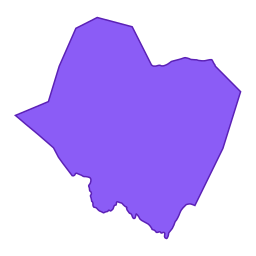 outline of La Union, Lempira, Honduras
{"feature_id": "27666195B27008229241101", "entity_name": "La Union", "entity_type": "district", "adm_level": 2, "iso_a3": "HND", "parent_name": "Honduras", "parent_adm1": "Lempira", "projection": "natural_earth1", "projection_center": [-88.424, 14.805], "detail": "fine", "context": "isolated", "style": "filled", "palette": "violet", "viewbox_px": 256, "rotation_deg": 0, "n_neighbors": 0, "source": "geoboundaries", "source_scale": "gbopen_adm2", "svg_char_len": 5574}
<svg xmlns="http://www.w3.org/2000/svg" viewBox="0 0 256 256"><path d="M126.6,208.2L126.6,208.3L126.7,208.7L126.9,209.3L127.0,209.7L127.2,210.1L128.0,211.2L129.0,212.6L129.3,213.0L129.5,213.2L129.7,213.3L129.9,213.4L130.3,213.4L130.5,213.5L130.9,213.8L131.2,214.2L131.6,214.7L131.9,215.2L132.0,215.7L132.3,216.5L132.5,216.9L132.6,217.2L132.8,217.5L133.0,217.9L133.2,218.1L133.4,218.2L133.6,218.4L133.8,218.4L134.0,218.5L134.2,218.4L134.4,218.4L134.7,218.3L134.9,218.1L135.0,218.0L135.1,217.9L135.2,217.7L135.4,217.1L135.6,216.3L135.9,215.1L136.0,214.5L136.2,214.2L136.3,214.0L136.5,214.1L136.8,214.3L137.2,214.7L137.5,215.0L138.7,216.7L139.0,217.2L139.4,218.0L139.6,218.5L139.8,218.8L140.1,219.1L140.4,219.4L140.6,219.6L141.1,220.0L141.6,220.4L147.6,223.7L148.1,224.0L148.5,224.3L149.0,224.8L149.5,225.3L150.0,225.8L150.3,226.3L151.1,227.4L151.5,228.1L151.8,228.5L152.0,229.2L152.1,229.4L152.3,229.4L152.4,229.5L153.7,230.0L154.5,230.3L155.5,231.3L156.1,232.1L156.3,232.3L156.5,232.4L156.8,232.4L157.3,232.4L157.8,232.3L158.2,232.2L158.8,231.9L159.0,231.9L159.5,231.8L159.9,231.9L160.2,232.0L160.5,232.1L160.7,232.3L160.8,232.5L160.9,232.8L161.0,232.9L161.2,233.0L161.6,233.0L161.9,233.0L162.1,232.9L162.3,232.8L162.9,232.5L163.0,232.4L163.5,232.4L163.8,232.4L164.1,232.5L164.3,232.7L164.5,232.9L164.6,233.0L164.7,233.3L164.8,233.5L164.8,234.0L164.7,234.3L164.7,234.7L164.6,235.5L164.5,236.1L164.5,236.4L164.6,236.7L164.7,237.1L164.8,237.3L164.9,237.6L165.2,237.9L165.6,238.1L165.9,238.3L166.3,238.4L166.6,238.5L166.8,238.4L167.0,238.3L167.2,238.0L167.5,237.5L167.9,236.6L168.2,236.0L168.3,235.5L168.5,234.5L168.6,233.9L168.7,233.2L168.8,232.9L168.9,232.7L170.1,231.2L171.7,229.2L172.0,228.8L172.3,228.4L173.2,226.5L173.9,225.1L174.2,224.2L174.7,222.8L175.0,222.0L175.3,221.6L175.5,221.2L175.7,220.9L176.1,220.5L176.4,220.1L176.7,219.7L177.1,218.9L177.7,217.9L178.4,216.4L178.8,215.6L179.2,214.6L179.9,212.8L180.2,212.2L180.5,211.5L180.9,210.7L181.4,209.9L181.9,209.3L182.4,208.6L183.5,207.3L184.4,206.5L185.5,205.3L186.0,204.9L186.2,204.7L186.5,204.5L186.9,204.4L187.8,204.2L188.8,204.0L189.7,203.9L190.1,203.9L190.4,204.0L190.8,204.0L192.9,204.7L194.9,205.5L222.9,148.4L240.6,91.7L215.3,66.2L215.0,65.3L214.9,64.9L214.7,64.6L214.4,64.2L213.9,63.5L213.8,63.2L213.5,62.8L212.9,61.5L212.5,60.8L212.2,60.2L211.9,59.9L211.7,59.7L211.4,59.7L211.1,59.7L209.9,59.7L208.2,60.0L206.4,60.4L205.0,60.7L203.9,60.8L203.4,60.8L201.8,60.8L200.2,60.6L199.1,60.5L198.4,60.4L197.8,60.2L196.9,59.9L196.3,59.8L195.6,59.8L194.3,59.7L193.0,59.6L191.8,59.5L191.2,59.5L190.9,59.4L190.5,59.3L189.5,58.8L188.8,58.5L188.3,58.4L187.5,58.1L186.4,57.9L186.0,57.8L185.5,57.7L185.0,57.7L184.3,57.8L183.6,58.0L182.4,58.4L181.3,58.8L179.2,59.4L173.4,60.9L171.6,61.4L171.2,61.6L170.3,62.3L169.6,62.8L168.0,63.9L167.5,64.2L167.2,64.4L166.3,64.8L165.4,65.2L164.3,65.6L163.6,65.8L163.0,65.9L162.6,65.9L162.1,65.9L161.5,65.9L161.2,65.8L161.0,65.7L160.5,65.5L160.3,65.4L160.1,65.3L159.8,65.3L159.1,65.3L158.3,65.4L157.6,65.6L156.2,66.0L155.7,66.1L155.3,66.1L154.3,66.1L153.7,66.1L153.4,66.1L153.2,66.0L152.8,65.8L152.5,65.6L152.1,65.4L151.5,65.0L132.2,26.8L97.2,17.5L75.9,28.3L59.2,66.2L48.4,101.6L15.4,115.4L26.0,124.4L38.3,134.6L53.5,147.8L58.5,157.3L62.8,163.3L72.2,175.7L73.5,175.8L73.7,175.7L74.0,175.5L74.4,175.3L74.8,174.9L74.9,174.7L75.0,174.5L75.1,174.4L75.2,174.1L75.3,173.9L75.4,173.7L75.5,173.6L75.8,173.4L76.1,173.3L76.5,173.3L76.8,173.3L77.1,173.4L77.4,173.5L78.4,174.0L78.7,174.1L80.6,174.9L81.4,175.2L81.9,175.5L82.8,176.1L83.3,176.4L83.8,176.5L84.3,176.6L84.6,176.6L85.7,176.6L86.5,176.7L87.6,176.9L88.7,177.2L89.1,177.3L89.5,177.5L89.9,177.7L90.1,177.9L90.3,178.1L90.5,178.5L90.7,178.8L90.8,179.1L90.9,179.5L90.9,180.0L90.9,180.4L90.9,180.9L90.8,181.4L90.5,182.4L90.4,182.8L90.3,183.2L90.0,183.7L89.3,184.6L88.9,185.2L88.8,185.5L88.7,185.7L88.7,185.9L88.7,186.1L88.8,186.5L88.9,186.8L89.0,187.1L89.2,187.5L89.3,187.9L89.4,188.3L89.4,189.0L89.5,189.5L89.6,190.2L89.7,190.8L89.8,190.9L89.9,191.0L90.1,191.2L90.4,191.4L90.9,191.9L91.1,192.3L91.2,192.6L91.3,192.8L91.3,193.1L91.4,193.5L91.4,193.8L91.3,194.2L91.2,194.5L91.1,194.8L90.9,194.9L90.7,195.1L90.5,195.3L90.5,195.5L90.5,196.0L90.5,196.3L90.6,196.7L90.9,197.4L91.2,198.6L91.4,199.5L91.6,200.7L91.7,201.1L91.7,201.3L91.8,201.4L92.0,201.5L92.3,201.7L92.5,202.0L92.6,202.3L92.8,202.9L92.9,203.3L93.0,203.7L93.0,204.0L92.9,204.7L92.9,205.0L93.0,205.4L93.1,205.8L93.2,206.2L93.4,206.5L93.7,206.9L93.9,207.2L94.0,207.2L94.5,207.3L95.6,207.6L95.9,207.6L96.2,207.8L96.4,208.0L97.0,208.5L97.3,208.9L98.0,209.7L98.6,210.2L99.0,210.6L99.4,210.8L99.8,211.1L100.1,211.2L100.3,211.3L100.7,211.4L100.9,211.5L102.1,212.1L102.8,212.5L103.5,212.8L104.0,212.7L104.9,212.2L105.9,211.8L106.2,211.7L106.6,211.7L106.8,211.7L107.2,211.6L107.5,211.4L107.8,211.2L108.1,211.0L108.3,210.8L108.4,210.4L108.6,210.3L108.8,210.2L109.1,210.2L109.6,210.5L110.2,210.8L110.5,210.9L110.8,210.9L111.2,210.6L112.0,210.0L112.7,209.3L112.9,209.1L113.0,208.9L113.2,208.5L113.5,207.7L113.7,207.0L114.1,206.1L114.4,205.5L114.5,205.4L115.0,205.2L115.4,205.1L115.7,205.1L115.9,205.0L116.0,205.0L116.2,204.5L116.3,204.0L116.4,203.6L116.4,203.1L116.4,202.9L116.4,202.7L116.5,202.5L116.7,202.2L116.9,201.9L117.1,201.8L117.5,201.8L118.6,202.1L119.1,202.3L119.8,202.6L120.2,202.7L120.9,202.8L121.3,203.0L121.7,203.1L122.0,203.3L122.2,203.5L122.4,203.7L122.6,203.9L122.9,204.3L123.2,204.7L123.8,205.2L124.5,205.9L125.2,206.4L125.7,206.8L126.0,206.9L126.4,206.9L126.5,207.0L126.8,207.4L126.8,207.5L126.8,207.9L126.7,208.0L126.6,208.2Z" fill="#8b5cf6" stroke="#5b21b6" stroke-width="1.5"/></svg>